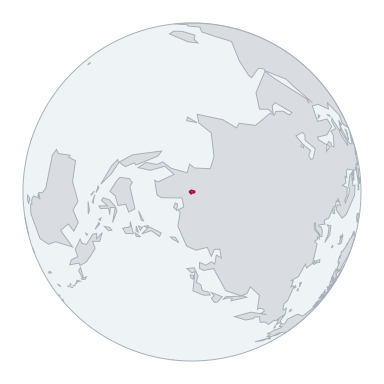 the Earth from above Phôngsali, rotated 120°
{"feature_id": "LAO-3291", "entity_name": "Phôngsali", "entity_type": "Province", "adm_level": 1, "iso_a3": "LAO", "parent_name": "Laos", "parent_adm1": "", "projection": "orthographic", "projection_center": [102.249, 21.683], "detail": "coarse", "context": "on_globe", "style": "filled", "palette": "rose", "viewbox_px": 384, "rotation_deg": 120, "n_neighbors": 0, "source": "natural_earth", "source_scale": "10m", "svg_char_len": 10938}
<svg xmlns="http://www.w3.org/2000/svg" viewBox="0 0 384 384"><g transform="rotate(120 192 192)"><circle cx="192" cy="192" r="169" fill="#eef3f6" stroke="#a8b0b8"/><path d="M350.7,248.2L350.4,249.2L350.3,249.4L350.7,248.2ZM268.6,41.4L266.3,40.4L268.9,44.1L275.3,48.4L269.6,45.5L285.2,56.2L290.2,62.5L281.2,53.7L277.7,51.5L279.4,54.6L276.2,53.2L275.1,54.1L271.1,52.2L266.1,47.8L263.4,46.7L264.8,49.0L261.6,49.1L260.0,45.8L254.3,45.7L245.0,39.4L244.0,33.9L235.5,30.7L225.6,26.5L223.1,26.2L217.8,25.1L213.0,24.4L212.6,24.3L209.1,24.0L210.5,24.2L209.4,24.3L206.7,24.1L205.6,23.7L206.8,23.8L205.1,23.6L205.7,23.6L203.9,23.5L203.3,23.4L216.9,24.9L230.3,27.4L243.4,31.1L256.2,35.7L268.6,41.4ZM201.9,23.3L199.9,23.3L195.7,23.1L195.8,23.1L201.9,23.3ZM347.1,125.1L346.7,124.2L347.1,125.1ZM280.5,52.0L279.2,50.4L281.6,52.6L280.5,52.0ZM275.7,54.5L277.1,55.5L275.9,55.6L275.7,54.5ZM268.7,53.0L266.5,53.1L267.9,52.2L268.7,53.0ZM264.6,52.6L259.2,53.2L261.8,55.3L251.3,50.2L259.4,51.1L260.7,49.5L262.0,51.4L264.6,52.6ZM212.1,24.5L210.5,24.1L214.3,24.7L212.1,24.5ZM214.8,24.8L228.0,27.3L228.9,28.0L224.3,26.9L227.5,28.3L221.5,27.4L218.4,26.4L218.9,26.0L216.2,26.0L214.8,24.8ZM246.3,47.5L244.3,47.2L245.5,46.7L246.3,47.5ZM209.3,24.4L211.9,24.7L212.9,25.3L207.9,24.8L209.2,24.7L209.3,24.4ZM231.3,29.3L231.2,29.8L226.3,29.2L225.5,29.4L221.4,27.4L231.3,29.3ZM207.5,24.5L205.3,24.6L202.4,24.3L206.8,24.2L207.5,24.5ZM215.2,25.7L215.5,26.0L213.7,25.6L215.2,25.7ZM190.7,23.6L193.8,23.6L194.6,23.8L190.7,23.6ZM204.7,24.7L205.7,24.9L206.4,25.1L204.3,25.1L204.7,24.7ZM218.2,27.3L216.2,27.0L219.7,28.0L216.1,27.8L214.0,26.6L213.4,27.1L212.4,27.0L211.9,26.2L218.2,27.3ZM204.2,25.8L200.3,24.7L194.5,24.5L193.6,24.2L203.2,24.7L204.2,25.8ZM208.8,26.1L205.8,25.8L206.2,25.4L208.5,25.3L208.8,26.1ZM214.5,28.2L220.5,28.7L220.7,29.0L214.5,28.2ZM202.4,25.8L203.4,26.1L202.0,25.8L202.4,25.8ZM210.7,27.4L212.8,27.5L213.0,27.8L210.7,27.4ZM203.6,26.7L202.4,26.3L203.9,26.1L203.6,26.7ZM206.8,27.1L206.6,27.5L205.2,26.3L207.7,27.1L206.8,27.1ZM210.6,27.7L211.4,27.9L209.7,27.6L210.6,27.7ZM198.5,27.6L196.4,26.3L199.8,25.9L201.4,27.2L198.5,27.6ZM60.1,86.4L58.2,88.9L57.8,94.4L56.9,96.7L51.7,103.0L47.1,119.3L51.9,115.3L53.1,126.8L57.2,130.9L68.1,118.6L61.3,111.6L65.4,103.8L75.0,103.7L81.7,110.8L83.5,108.0L83.7,98.7L89.7,95.8L84.3,95.2L83.1,98.7L79.7,98.7L80.5,95.5L82.6,94.5L81.9,91.6L72.1,98.0L69.9,102.3L65.2,99.1L61.1,106.2L58.2,107.7L64.1,96.5L66.9,93.4L74.1,80.2L70.6,83.0L63.7,95.9L63.8,94.0L59.1,98.7L62.9,93.6L71.4,79.6L70.2,77.5L60.7,85.8L61.4,84.8L76.8,68.4L77.2,68.0L73.9,72.3L77.9,69.0L85.2,62.1L83.6,64.3L86.2,62.2L85.6,63.9L91.4,61.5L91.8,63.1L100.4,58.0L101.8,58.3L96.3,61.0L92.7,64.1L94.5,69.0L96.7,68.7L102.2,65.2L102.0,67.3L107.1,63.3L111.2,65.0L110.4,59.9L116.8,56.4L122.8,55.6L124.7,53.7L115.0,55.2L111.3,56.8L108.3,59.5L98.0,63.9L96.0,63.3L106.2,55.7L104.5,54.3L113.2,49.7L134.1,47.2L139.6,48.9L135.2,58.5L130.3,59.8L129.4,56.7L124.4,62.6L127.6,60.6L127.4,62.6L133.5,60.4L133.7,61.8L139.2,57.7L140.1,59.1L136.6,61.7L146.3,60.5L149.9,63.2L152.0,62.4L153.3,60.7L157.0,65.7L158.4,64.9L157.7,62.9L160.1,60.0L165.7,57.2L166.6,59.1L164.7,60.4L162.3,66.2L157.1,69.7L158.1,70.3L162.8,67.7L165.8,60.5L168.9,58.3L168.2,61.6L168.7,60.2L170.5,59.7L173.3,61.2L174.4,57.7L193.3,51.9L200.5,54.7L197.7,57.8L212.0,57.5L219.0,61.7L218.3,59.7L224.7,58.8L222.6,57.4L222.8,56.4L238.3,54.9L242.7,56.4L248.6,54.5L248.3,53.6L245.4,52.3L251.3,50.2L261.8,55.3L262.0,57.0L268.5,59.5L268.0,63.3L270.7,67.9L266.4,71.3L268.8,75.0L271.1,75.7L276.1,81.7L278.6,92.7L266.6,80.9L260.9,66.1L262.4,71.6L259.1,69.7L257.7,71.5L259.0,75.7L261.0,76.6L247.8,82.0L245.0,94.1L252.4,93.6L257.3,97.5L260.6,113.4L247.5,135.0L253.9,142.4L254.4,147.3L249.2,150.3L248.3,143.1L242.8,140.5L243.1,136.3L234.4,139.4L234.4,133.6L227.6,139.3L230.5,144.0L238.1,143.1L232.3,151.1L240.4,159.5L241.5,169.6L228.7,187.1L215.4,192.2L214.6,195.4L209.2,191.6L202.1,197.6L212.3,215.8L212.0,220.9L200.5,230.2L200.2,226.4L185.8,216.3L183.2,228.3L194.1,239.0L197.8,250.8L189.5,246.8L185.7,236.3L180.6,232.4L181.9,221.9L177.7,205.8L169.2,208.0L169.9,201.7L162.7,187.8L150.6,190.5L131.3,204.7L128.7,220.6L122.1,226.4L114.0,201.4L114.2,185.4L108.9,185.6L102.6,170.3L84.7,163.7L84.3,159.1L80.4,159.7L76.4,153.5L76.7,146.3L73.2,145.1L73.0,164.4L77.0,165.8L83.3,161.1L82.3,167.5L86.5,175.0L74.0,186.2L51.0,189.2L52.5,176.9L54.1,139.1L56.2,136.0L56.3,135.6L56.6,134.9L52.9,139.6L54.4,132.5L49.6,157.3L47.2,167.1L50.6,189.8L49.4,191.1L51.7,196.4L63.3,197.6L62.6,201.4L54.8,216.6L41.9,233.0L45.8,250.3L48.5,263.6L45.2,267.7L50.3,278.6L49.3,279.7L52.4,285.4L54.3,289.5L55.2,291.1L48.4,281.0L42.3,270.3L37.0,259.3L32.6,247.9L28.9,236.3L26.2,224.4L24.3,212.3L23.2,200.1L23.1,187.9L23.8,175.7L25.4,163.6L27.9,151.6L31.3,139.9L35.5,128.4L40.5,117.3L46.3,106.5L52.8,96.2L60.1,86.4ZM85.0,126.0L91.5,130.1L95.1,120.0L97.9,120.9L98.1,117.4L95.3,119.3L96.8,109.9L102.0,109.2L104.5,105.3L102.5,103.8L92.8,106.9L90.6,120.0L86.3,122.6L85.0,126.0ZM101.1,51.1L98.8,53.0L95.8,54.6L95.3,54.0L99.6,51.4L101.1,51.1ZM96.1,55.4L106.4,48.8L107.2,49.4L105.0,50.1L104.4,51.1L100.8,52.6L91.4,60.1L88.2,62.2L89.1,59.1L90.6,58.7L92.8,56.7L96.1,55.4ZM131.5,35.3L136.0,33.6L131.7,36.8L128.0,38.1L127.3,37.2L131.3,35.2L131.5,35.3ZM187.7,23.1L193.2,23.1L202.7,23.5L203.1,23.9L200.9,24.0L198.6,24.0L199.1,23.7L195.8,23.9L194.7,23.4L192.1,23.5L180.8,23.5L182.5,23.3L178.2,23.6L187.7,23.1ZM164.1,25.4L165.6,25.1L165.8,25.4L168.9,24.8L170.0,24.9L167.0,25.3L172.2,24.7L172.2,25.0L178.1,25.2L185.5,24.8L187.8,25.1L185.0,25.4L189.3,25.5L185.5,26.4L187.1,26.8L185.0,28.3L178.6,29.1L180.8,29.4L179.3,30.9L174.1,31.9L175.5,30.5L168.7,32.9L167.6,31.6L166.9,32.0L164.0,31.6L159.3,31.8L159.6,31.2L157.6,31.6L155.7,31.5L153.1,32.0L152.6,31.1L149.4,31.7L151.1,31.0L145.6,32.3L149.5,31.0L147.3,31.1L144.7,32.3L148.9,28.7L148.1,28.8L164.1,25.4ZM197.7,28.0L190.3,28.8L186.1,28.6L191.5,26.1L190.6,25.7L194.0,24.6L200.0,25.1L198.5,25.3L198.5,25.6L196.6,25.3L198.0,25.8L196.0,26.3L196.6,26.8L194.0,26.8L197.7,28.0ZM59.1,95.3L59.0,96.5L59.5,97.6L56.6,100.8L59.1,95.3ZM64.7,85.7L65.1,86.1L61.2,90.6L61.3,89.6L64.7,85.7ZM68.6,82.6L65.4,85.7L67.2,83.4L68.6,82.6ZM97.0,61.4L97.8,61.7L96.6,62.7L94.6,63.6L97.0,61.4ZM153.6,40.3L155.1,39.1L156.1,39.1L161.7,37.2L162.9,38.2L160.1,39.8L153.6,40.3ZM65.0,119.7L61.9,121.1L62.1,119.2L63.1,119.1L65.0,119.7ZM57.5,110.4L57.7,114.2L56.7,111.3L57.5,110.4ZM155.9,41.2L158.0,40.2L157.3,41.3L155.9,41.2ZM164.1,39.0L163.8,40.2L163.7,38.2L164.1,39.0ZM130.7,344.3L134.2,346.0L131.8,345.5L130.7,344.3ZM63.9,270.5L66.3,290.5L61.8,288.1L57.8,280.8L54.7,267.8L58.8,266.6L59.9,261.4L63.9,270.5ZM239.9,277.0L244.9,277.5L244.7,278.2L239.9,277.0ZM234.8,274.8L240.5,274.8L233.8,276.3L234.8,274.8ZM242.7,274.8L248.5,273.2L251.0,271.9L250.5,273.4L242.7,274.8ZM230.9,274.9L209.6,274.7L201.1,272.6L203.1,270.1L216.8,271.0L230.9,274.9ZM202.5,270.0L189.5,262.0L171.6,238.7L178.0,239.6L196.7,254.1L195.5,256.4L203.4,262.6L202.5,270.0ZM233.7,256.5L232.5,263.4L220.8,262.9L215.4,261.8L211.7,252.9L213.8,248.4L218.2,248.6L235.1,233.0L241.0,236.7L235.8,243.3L240.7,249.3L233.7,256.5ZM129.4,222.2L132.9,232.3L129.3,233.3L129.4,222.2ZM241.8,221.8L235.1,228.8L241.2,219.5L241.8,221.8ZM245.3,213.0L245.8,216.5L243.0,213.2L245.3,213.0ZM214.5,200.3L209.9,201.0L209.7,198.5L215.6,196.1L214.5,200.3ZM242.4,178.2L242.5,185.6L241.7,188.2L239.5,183.7L242.4,178.2ZM169.5,51.8L160.4,53.0L154.7,55.3L152.8,58.4L151.6,54.9L160.4,51.3L169.5,51.8ZM190.3,51.5L191.9,49.2L193.8,50.2L193.7,50.9L190.3,51.5ZM189.4,50.1L186.6,47.5L189.2,46.3L190.9,48.6L189.4,50.1ZM170.9,43.4L168.1,43.6L168.7,42.6L170.9,43.4ZM298.6,323.1L297.5,324.0L311.3,311.6L298.6,323.1ZM276.8,332.8L278.5,329.3L284.0,327.5L280.1,331.3L276.8,332.8ZM320.1,302.1L323.5,297.8L321.2,300.9L320.1,302.1ZM262.0,320.5L229.6,331.4L222.9,330.6L225.5,327.0L221.2,316.1L223.5,316.3L223.1,308.5L242.8,300.6L257.1,286.1L267.0,286.1L275.2,275.3L285.0,274.8L281.5,283.1L291.0,286.6L299.3,267.9L303.3,285.4L309.0,290.1L308.3,300.4L291.3,320.7L283.3,325.7L282.6,324.6L279.0,326.9L274.7,327.3L273.9,322.4L270.3,324.6L274.5,319.9L269.0,324.4L267.5,321.2L262.0,320.5ZM331.8,273.7L332.8,273.6L333.7,275.8L332.2,276.1L331.8,273.7ZM348.1,253.9L348.0,255.0L347.2,256.2L348.1,253.9ZM350.3,249.4L349.3,251.1L350.7,248.2L350.3,249.4ZM339.2,260.4L339.6,261.2L339.1,261.9L339.2,260.4ZM338.9,260.2L339.8,258.1L339.4,260.0L338.9,260.2ZM334.9,252.6L335.7,251.4L335.9,252.0L334.9,252.6ZM252.2,277.2L259.2,271.6L262.9,270.9L252.2,277.2ZM334.1,251.0L332.3,251.5L332.6,250.4L334.1,251.0ZM334.4,248.5L334.3,247.1L335.1,250.1L334.4,248.5ZM331.1,246.5L333.2,248.3L330.8,246.9L331.1,246.5ZM329.8,247.3L328.2,246.7L328.3,246.2L329.8,247.3ZM310.1,254.4L316.3,261.5L311.0,262.6L305.1,258.5L300.0,264.4L288.7,265.3L291.5,261.8L290.1,257.2L278.1,256.8L275.7,253.9L280.1,251.3L272.0,249.5L280.9,247.2L284.4,253.4L289.3,247.7L297.6,247.8L305.5,248.6L311.6,252.2L310.1,254.4ZM280.7,261.5L282.2,261.3L280.8,263.4L280.7,261.5ZM325.1,244.1L327.4,246.5L327.1,247.4L325.9,247.3L325.1,244.1ZM313.1,250.8L319.7,244.0L321.2,243.7L316.8,250.8L313.1,250.8ZM318.2,240.9L321.2,240.9L322.7,243.6L322.1,244.6L318.2,240.9ZM262.6,257.2L262.2,259.0L259.9,257.8L262.6,257.2ZM265.7,255.9L272.7,257.3L265.0,257.5L265.7,255.9ZM244.0,250.7L246.1,255.0L252.8,251.9L247.7,256.1L252.1,262.9L250.6,265.6L246.2,258.3L244.5,266.2L241.5,266.1L240.0,259.5L243.0,251.1L246.0,247.5L258.0,245.6L244.0,250.7ZM265.7,250.6L263.8,245.7L265.2,242.3L267.2,244.8L265.7,250.6ZM258.1,233.9L253.0,228.2L248.4,230.7L257.5,221.9L261.0,228.8L258.1,233.9ZM253.6,221.0L249.3,223.3L253.6,218.3L253.6,221.0ZM248.2,221.3L247.6,217.2L251.0,217.6L248.2,221.3ZM255.8,221.1L256.4,214.0L258.2,218.1L255.8,221.1ZM245.8,207.9L253.3,214.5L243.7,211.9L242.8,198.3L246.8,197.9L245.8,207.9ZM264.7,152.3L263.4,148.5L266.9,147.5L266.8,150.3L264.7,152.3ZM277.1,141.9L267.4,146.0L259.4,149.9L262.2,151.5L260.9,158.1L256.5,152.2L261.6,144.9L267.8,143.2L268.1,137.8L272.2,134.0L270.4,127.5L272.0,124.6L275.5,130.1L277.1,141.9ZM269.3,124.8L267.6,113.5L274.5,114.8L276.4,117.5L274.3,122.0L270.8,121.0L269.3,124.8ZM269.2,111.3L265.8,110.4L256.1,94.9L255.8,92.1L266.8,103.8L264.2,103.7L265.3,107.5L269.2,111.3ZM245.2,48.2L244.3,47.3L246.2,48.0L245.2,48.2ZM221.5,55.7L222.1,54.5L224.2,55.2L221.5,55.7ZM224.8,51.7L222.0,51.7L224.6,50.9L224.8,51.7ZM215.7,52.1L220.6,51.4L216.5,53.2L215.7,52.1Z" fill="#d9dde1" stroke="#a8b0b8" stroke-width="1"/><path d="M190.6,189.6L190.9,189.9L191.0,189.9L191.4,189.7L191.6,189.8L191.9,190.3L192.6,191.0L192.9,191.4L193.1,192.1L193.4,192.0L193.5,191.5L193.6,191.9L193.9,191.8L194.0,192.3L193.6,192.8L193.8,192.7L193.7,193.1L193.5,193.3L193.7,193.5L193.9,193.6L193.6,193.6L193.5,193.9L193.1,194.1L192.9,194.2L192.7,194.4L192.0,194.0L191.7,194.0L191.4,193.7L191.0,193.5L190.8,193.2L190.6,193.1L190.6,192.3L190.8,192.3L190.8,192.2L190.6,192.1L190.6,191.9L190.6,191.6L190.4,191.3L190.2,191.2L190.1,190.8L190.1,190.5L190.0,190.3L190.2,190.2L190.4,189.7L190.6,189.6Z" fill="#f43f5e" stroke="#9f1239" stroke-width="1.5"/></g></svg>